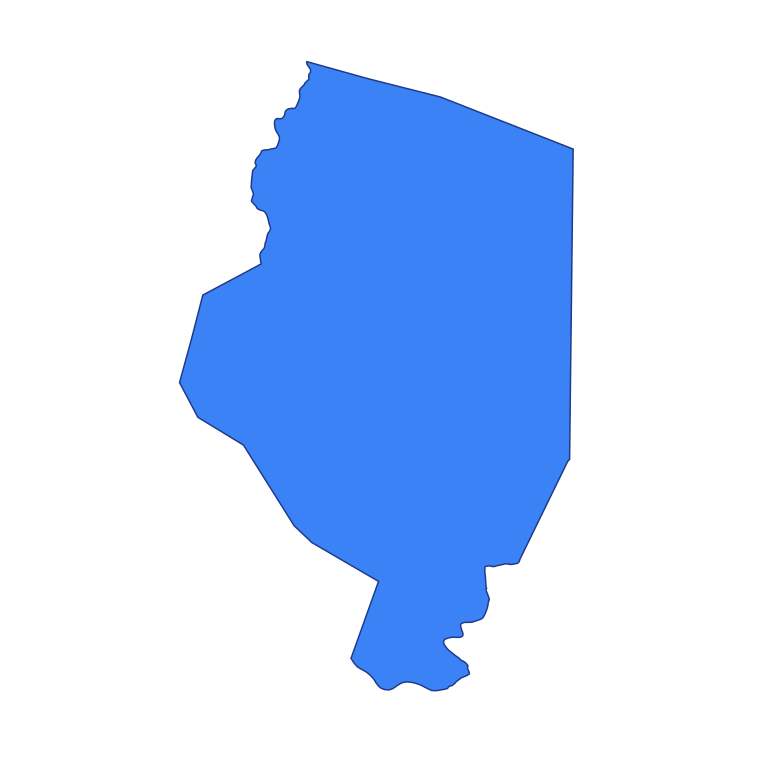 outline of Reitoca, Francisco Morazán, Honduras, rotated 18°
{"feature_id": "27666195B70397594739312", "entity_name": "Reitoca", "entity_type": "district", "adm_level": 2, "iso_a3": "HND", "parent_name": "Honduras", "parent_adm1": "Francisco Morazán", "projection": "albers", "projection_center": [-87.44, 13.839], "detail": "fine", "context": "isolated", "style": "filled", "palette": "blue", "viewbox_px": 768, "rotation_deg": 18, "n_neighbors": 0, "source": "geoboundaries", "source_scale": "gbopen_adm2", "svg_char_len": 6120}
<svg xmlns="http://www.w3.org/2000/svg" viewBox="0 0 768 768"><g transform="rotate(18 384 384)"><path d="M538.6,653.7L538.7,653.1L538.9,652.5L539.1,652.0L539.4,651.5L539.7,651.3L540.0,651.0L540.4,650.8L541.0,650.5L541.3,650.2L542.1,649.5L542.7,648.7L543.1,648.0L543.7,647.1L544.0,646.5L544.4,645.4L544.8,644.7L546.1,642.7L547.7,640.4L548.3,639.6L548.7,639.2L549.1,638.9L550.5,637.7L551.6,636.8L552.8,635.7L554.3,634.1L554.5,633.9L554.6,633.6L554.7,633.4L554.7,633.1L554.5,632.7L554.3,632.2L553.6,631.2L553.0,630.6L552.1,629.6L551.7,629.0L551.1,628.0L550.9,627.5L550.9,627.0L550.9,626.4L550.9,626.1L550.6,625.7L550.2,625.4L549.6,625.0L548.7,624.5L547.6,624.0L546.4,623.5L545.9,623.3L545.4,623.2L544.8,623.1L544.1,623.1L543.6,623.1L543.1,623.0L542.6,622.8L541.8,622.5L540.6,621.8L540.0,621.5L538.9,621.1L537.0,620.6L535.7,620.2L531.0,618.4L528.1,617.3L527.5,617.0L526.4,616.4L524.9,615.5L524.1,615.0L522.5,613.7L521.8,613.2L521.4,612.7L521.1,612.3L520.8,611.8L520.5,611.3L520.4,610.9L520.3,610.3L520.2,609.8L520.2,609.4L520.3,608.9L520.4,608.6L520.5,608.3L521.0,607.8L521.6,607.3L522.6,606.5L523.7,605.7L525.1,604.8L526.3,604.2L529.0,603.1L529.9,602.9L532.4,602.2L533.6,601.8L534.5,601.4L535.1,601.0L535.6,600.6L536.0,600.3L536.2,600.0L536.4,599.7L536.6,599.3L536.6,599.1L536.7,598.7L536.7,598.4L536.6,598.1L536.5,597.8L536.1,596.8L535.7,596.2L535.1,595.4L534.3,594.4L533.6,593.5L532.5,591.9L531.8,590.7L531.5,590.0L531.4,589.7L531.3,589.4L531.3,588.8L531.4,588.6L531.5,588.3L531.9,587.7L532.4,587.2L533.4,586.4L534.2,585.9L534.7,585.7L540.8,583.6L541.2,583.4L544.9,580.7L547.3,578.9L548.7,577.8L549.4,577.1L549.8,576.5L550.2,575.9L550.5,575.0L550.7,574.2L550.8,573.5L551.1,571.5L551.3,569.5L551.4,567.1L551.4,565.3L551.4,564.3L551.3,563.3L550.9,560.8L550.7,559.3L550.7,558.2L550.7,556.8L550.6,556.3L550.5,555.9L550.3,555.5L548.5,553.2L545.8,549.9L545.0,548.7L544.6,548.1L544.5,547.7L544.5,547.3L544.5,547.1L544.8,546.8L544.0,545.7L543.7,545.2L543.5,544.8L540.8,538.0L539.8,535.5L539.0,533.9L538.6,533.1L537.6,530.4L536.9,528.1L536.7,527.2L536.6,526.7L536.7,526.4L536.9,526.1L537.1,526.0L537.5,525.7L539.1,525.0L540.4,524.4L541.1,524.3L542.4,524.2L543.9,524.0L544.7,523.8L545.2,523.6L545.9,523.1L546.4,522.8L547.5,522.0L548.1,521.6L548.7,521.2L550.0,520.6L551.3,519.8L554.5,517.8L555.2,517.5L555.8,517.3L556.6,517.1L560.1,516.5L560.8,516.3L561.3,516.1L564.2,514.5L565.6,513.8L565.9,513.6L566.3,513.3L566.7,512.9L567.0,512.4L567.2,511.9L567.4,511.1L567.5,510.4L567.5,509.7L567.4,508.9L582.6,401.0L583.8,398.3L491.3,102.1L348.9,93.6L274.0,98.6L211.6,101.2L211.0,101.3L211.1,102.1L211.3,102.5L211.4,102.9L211.7,103.3L212.5,104.2L213.2,104.7L216.0,106.8L216.4,107.0L216.6,107.3L217.1,108.2L217.4,109.0L217.7,109.8L217.7,110.2L217.7,110.6L217.6,110.8L217.2,111.5L217.1,111.9L217.0,112.5L217.0,113.4L217.1,113.9L217.2,114.4L217.4,114.9L217.8,115.9L218.1,116.7L218.3,117.4L218.3,117.8L218.1,118.1L217.7,118.6L217.4,119.0L216.6,120.8L215.9,122.1L215.6,122.7L215.6,123.1L215.6,123.8L215.5,124.3L215.2,125.0L214.6,125.9L214.3,126.5L213.6,128.0L213.3,128.8L213.1,129.4L213.0,130.1L212.9,130.6L212.9,131.4L213.1,131.9L213.9,133.7L215.0,135.9L215.2,136.4L215.3,137.0L215.4,137.9L215.4,138.9L215.3,142.0L215.1,144.3L215.0,145.6L214.8,147.2L214.6,148.0L214.3,148.7L214.2,149.0L213.6,149.5L213.2,149.8L212.7,150.0L211.6,150.2L210.9,150.4L210.5,150.6L209.1,151.3L208.4,151.7L207.9,152.0L207.3,152.6L206.8,153.2L206.5,153.8L206.3,154.3L206.1,154.9L206.0,155.6L205.9,156.0L206.0,156.5L206.1,156.9L206.3,157.4L206.4,157.9L206.4,158.4L206.3,159.0L206.1,159.9L205.8,161.0L205.5,161.8L205.2,162.5L205.0,162.8L204.7,163.1L204.4,163.3L204.1,163.5L203.3,163.8L202.7,164.0L202.3,164.1L201.4,164.2L200.9,164.4L200.3,164.6L199.9,165.0L199.4,165.4L199.3,165.7L199.1,166.1L198.9,166.8L198.8,167.9L198.9,168.6L199.0,169.0L199.1,169.3L199.7,170.9L200.7,173.1L201.2,174.1L201.6,174.7L201.9,175.2L202.3,175.7L203.3,176.8L204.2,177.6L206.1,179.2L207.5,180.6L208.0,181.3L208.4,182.0L208.7,182.7L208.9,183.4L209.0,184.1L209.1,185.2L209.1,187.0L209.1,188.4L209.0,189.6L208.9,190.7L208.7,191.6L208.6,192.0L208.4,192.4L208.2,192.8L207.9,193.2L207.6,193.4L205.0,194.8L203.3,195.8L201.9,196.7L201.2,197.2L200.8,197.3L199.5,197.8L198.9,198.0L198.2,198.3L197.4,198.7L196.2,199.5L195.8,199.9L195.7,200.1L195.6,200.6L195.6,201.4L195.6,201.9L195.1,204.1L194.8,205.0L194.1,206.6L193.5,208.2L193.0,209.9L192.8,210.7L192.8,211.3L192.8,212.0L192.9,212.6L193.1,213.3L193.4,213.8L193.8,214.4L194.0,214.6L194.5,214.9L194.7,215.1L195.0,215.6L195.1,216.1L195.0,216.8L194.9,217.3L194.3,218.9L193.6,220.3L193.3,220.9L193.3,221.4L193.3,222.1L193.3,222.5L193.4,223.1L193.8,224.5L194.0,225.3L194.7,229.4L196.9,238.2L197.0,238.4L197.2,238.7L198.1,239.6L198.7,240.4L200.7,242.9L200.9,243.3L201.0,243.6L201.2,244.2L201.2,244.9L201.3,250.3L201.4,250.8L201.5,251.0L201.9,251.4L202.3,251.7L204.7,253.0L207.7,254.8L208.2,255.2L209.0,256.1L209.3,256.2L209.6,256.4L210.2,256.6L212.3,256.8L213.7,256.8L215.3,256.7L216.1,256.8L216.7,256.9L217.2,257.2L217.8,257.5L218.6,258.0L219.3,258.6L220.2,259.6L221.0,260.5L221.8,261.5L222.3,262.2L223.1,263.4L224.2,265.4L225.2,266.9L226.0,268.1L227.2,269.6L227.6,270.3L227.9,270.9L228.1,271.4L228.1,271.8L228.1,272.6L228.1,273.2L228.0,273.8L227.8,274.4L227.7,274.8L227.4,275.6L227.2,276.1L227.1,276.9L227.0,277.8L227.6,284.5L227.6,285.0L227.5,286.1L227.5,286.9L227.6,287.6L227.9,288.7L228.0,289.5L228.1,290.3L228.0,291.4L228.0,292.0L227.8,292.6L227.6,293.1L227.2,293.9L226.9,294.5L226.6,295.5L226.3,296.3L226.1,297.0L226.0,297.5L226.0,298.1L226.0,298.6L226.0,299.2L226.1,299.6L226.5,300.6L227.0,301.8L228.2,304.2L229.2,306.2L229.4,306.6L230.2,307.6L184.2,355.4L187.0,400.7L189.1,445.8L217.3,473.2L269.2,485.5L342.4,546.6L364.4,557.1L439.8,573.4L437.4,655.1L440.9,658.0L443.6,659.8L446.4,661.3L450.9,662.3L455.9,663.3L460.9,665.2L465.3,667.7L468.8,670.7L472.4,673.1L475.5,674.3L479.3,674.4L483.5,673.3L486.7,670.8L489.9,666.5L492.4,663.6L495.0,661.5L497.9,660.2L502.5,659.2L507.4,658.8L512.1,659.0L516.9,659.8L523.9,660.8L526.7,660.1L529.6,659.0L532.4,657.5L534.9,656.1L537.0,655.0L538.6,653.7Z" fill="#3b82f6" stroke="#1e3a8a" stroke-width="1.5"/></g></svg>